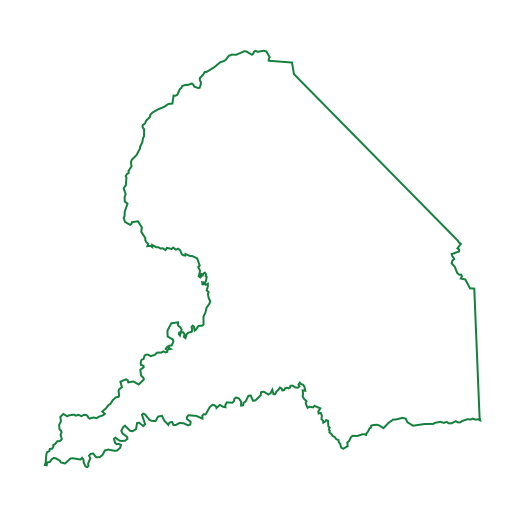 Cotegipe, Bahia, Brazil (orthographic projection), rotated 178°
{"feature_id": "56859067B54877726124258", "entity_name": "Cotegipe", "entity_type": "district", "adm_level": 2, "iso_a3": "BRA", "parent_name": "Brazil", "parent_adm1": "Bahia", "projection": "orthographic", "projection_center": [-44.17, -11.737], "detail": "fine", "context": "isolated", "style": "outline", "palette": "green", "viewbox_px": 512, "rotation_deg": 178, "n_neighbors": 0, "source": "geoboundaries", "source_scale": "gbopen_adm2", "svg_char_len": 5960}
<svg xmlns="http://www.w3.org/2000/svg" viewBox="0 0 512 512"><g transform="rotate(178 256 256)"><path d="M213.3,448.1L236.5,450.7L236.4,452.4L235.4,454.3L238.6,460.1L241.1,460.9L247.2,460.0L249.4,461.1L251.1,459.9L251.7,458.3L253.1,457.3L258.4,460.7L260.4,461.1L268.7,457.8L273.2,458.1L276.2,457.0L279.3,453.2L281.1,452.0L285.0,450.9L290.9,446.3L298.9,441.7L300.9,441.6L302.2,439.4L306.0,435.7L305.9,433.5L305.0,431.8L305.1,429.7L306.5,426.1L308.0,425.9L311.7,427.4L312.6,429.3L314.1,430.6L318.2,429.3L320.2,429.5L323.8,428.5L324.7,426.6L326.4,425.3L329.0,419.8L330.9,419.0L332.8,419.2L334.2,411.3L338.4,410.9L342.5,408.3L348.5,406.1L354.3,403.1L356.7,400.9L357.2,398.6L361.0,395.2L362.3,392.3L364.2,391.1L365.0,389.7L364.6,388.2L363.4,386.7L363.7,379.7L364.8,377.8L365.7,373.4L368.1,369.2L368.1,367.6L371.9,361.0L376.7,356.6L377.8,354.0L377.2,350.1L380.4,345.5L380.4,343.3L382.3,342.3L383.4,340.4L382.8,338.9L383.5,331.5L385.9,328.1L384.1,322.5L385.3,319.2L385.2,314.9L382.6,312.8L385.7,304.7L385.9,300.6L386.9,298.5L385.7,294.6L380.7,291.5L379.4,292.4L378.9,294.1L372.8,294.8L369.1,288.6L369.8,284.1L365.9,277.6L366.2,275.9L365.2,273.8L363.4,271.9L364.2,269.6L361.1,269.8L359.4,268.5L359.4,270.7L355.5,268.3L352.9,268.0L351.2,266.8L349.0,267.0L346.3,265.1L344.7,267.3L340.2,265.9L338.5,267.3L335.8,265.1L333.5,266.0L331.6,264.3L330.0,260.2L328.4,259.2L326.7,258.9L326.5,260.4L321.6,258.2L319.8,258.2L314.9,255.7L312.6,248.4L314.1,247.0L312.5,243.5L313.2,239.7L311.5,240.1L309.9,238.6L309.4,240.1L307.7,241.1L306.6,239.6L307.1,237.9L306.0,236.8L306.8,233.3L307.7,231.2L310.7,231.7L310.5,229.5L308.5,229.7L307.2,229.0L305.1,229.9L305.2,227.3L306.5,223.4L304.6,221.6L305.4,219.7L305.1,217.7L304.6,215.0L303.3,212.8L304.0,210.3L307.2,206.1L308.5,201.2L310.6,197.4L310.8,189.4L311.9,188.3L316.0,188.1L318.4,184.7L319.9,183.6L320.5,187.6L321.7,188.6L322.9,187.3L322.4,185.0L322.8,182.6L326.6,181.6L327.9,180.4L329.4,176.4L330.8,177.6L330.2,180.6L331.6,182.4L333.9,182.1L332.9,185.0L334.0,187.3L335.9,188.7L336.5,190.2L336.2,192.4L343.0,191.7L347.1,184.5L347.1,178.6L341.8,175.3L341.6,173.2L343.5,169.5L345.9,169.4L346.6,167.6L348.4,167.9L349.5,166.3L347.7,165.0L348.0,163.3L349.7,162.8L351.9,163.9L353.9,162.8L358.2,162.9L360.7,160.7L364.7,159.6L367.5,161.2L369.3,161.2L370.8,160.4L371.9,157.1L373.8,156.4L374.6,155.1L375.0,153.1L374.8,151.1L372.3,150.3L372.2,148.7L375.6,146.4L375.0,140.5L372.8,138.2L372.4,136.4L377.7,131.7L383.0,134.9L388.0,134.1L388.6,136.4L390.2,137.3L395.9,135.1L394.6,129.6L397.6,127.4L398.1,125.7L397.6,121.6L398.3,120.0L400.9,119.7L404.2,116.9L406.6,113.3L408.7,112.1L411.3,108.9L415.1,105.9L412.6,103.5L414.3,102.2L418.8,100.8L420.9,99.5L424.2,100.3L427.9,99.3L429.1,100.2L430.2,102.3L431.9,103.2L433.9,103.1L435.9,102.0L439.2,103.5L441.5,102.7L443.4,103.8L448.4,103.3L450.4,102.4L454.0,104.9L457.2,102.0L456.7,97.8L458.7,93.7L458.4,89.7L456.8,88.0L456.5,86.4L457.6,84.3L456.5,80.0L457.3,78.7L458.9,77.8L461.0,77.8L463.5,75.0L465.2,74.2L465.1,72.5L466.4,70.6L468.8,70.3L469.3,68.2L471.6,67.3L472.4,65.4L473.4,57.0L469.4,57.2L467.1,60.1L465.2,61.2L463.2,60.8L459.5,58.6L458.2,56.5L454.1,55.3L448.6,60.0L446.5,60.3L438.4,58.7L436.9,60.4L435.6,58.4L435.3,55.3L433.7,51.6L431.9,50.9L430.8,52.2L431.0,54.4L428.7,59.6L429.8,62.4L428.2,64.0L425.7,64.3L422.6,60.4L419.1,60.4L416.2,62.7L413.8,67.0L410.3,67.7L403.9,66.2L401.7,66.4L398.4,69.1L397.6,71.9L399.6,73.0L401.9,72.8L403.4,74.3L404.3,78.4L402.8,79.3L399.0,76.3L396.8,75.8L393.1,76.0L390.9,77.8L391.0,79.5L395.7,83.5L396.7,86.1L394.6,89.7L392.9,91.0L387.8,85.6L385.4,85.2L381.9,87.3L380.7,93.2L378.7,93.5L374.6,90.0L372.7,91.8L375.5,101.3L374.3,102.4L372.5,101.6L368.1,95.8L366.0,94.9L362.2,94.5L359.5,98.9L355.6,99.6L353.3,94.5L349.5,90.3L348.9,91.8L347.5,92.8L345.6,93.0L344.4,90.0L342.1,89.9L338.3,91.8L334.4,91.4L329.6,89.1L327.6,89.9L327.1,92.5L330.5,95.4L330.8,97.2L329.1,99.2L321.4,98.3L315.2,95.4L315.2,98.2L313.8,99.7L311.9,99.4L307.5,106.6L304.6,108.8L302.8,108.4L301.3,107.1L300.8,105.5L297.3,108.5L294.4,106.5L291.8,105.9L291.9,108.1L290.3,110.7L284.6,110.2L283.0,111.9L282.7,113.8L281.0,115.3L278.1,114.3L276.0,111.0L276.1,107.0L274.2,107.2L273.5,109.7L271.4,111.1L268.4,116.6L266.1,116.7L264.1,111.5L261.6,111.7L256.2,116.6L255.6,119.8L253.0,120.1L248.4,117.1L246.2,118.4L244.4,121.7L243.3,117.2L241.6,117.3L240.4,119.7L237.9,121.9L236.7,123.7L235.0,122.6L234.4,120.7L232.5,121.0L231.6,122.7L230.0,123.3L228.0,122.6L226.6,123.3L226.1,125.0L223.8,125.2L221.5,123.3L218.7,122.9L217.1,124.3L218.0,126.0L216.6,127.9L215.3,126.3L213.4,125.7L212.1,123.6L211.5,119.6L214.0,120.1L213.8,116.5L214.3,114.0L213.2,111.8L210.6,109.2L211.4,107.9L211.3,106.4L209.7,102.5L207.8,103.5L204.3,102.7L202.8,104.2L197.0,101.5L199.2,98.4L198.9,96.4L196.8,97.0L195.7,94.0L196.3,90.7L194.7,88.9L194.6,87.1L192.5,88.2L191.6,89.6L189.8,88.8L189.6,83.1L188.4,81.9L189.2,80.0L188.4,78.7L188.8,77.2L186.5,75.1L185.7,73.4L183.7,72.3L182.2,70.1L180.0,69.2L179.7,67.0L178.3,65.0L177.9,62.7L177.2,61.3L175.6,60.3L171.0,62.8L171.3,66.3L169.3,68.0L167.6,71.3L165.9,72.9L160.9,72.6L155.9,74.1L153.9,74.1L152.2,73.3L151.8,74.9L150.3,76.5L148.5,79.9L147.0,80.5L146.8,82.4L145.2,82.9L141.1,83.1L138.8,82.4L134.6,79.5L129.5,84.5L124.7,87.7L121.9,87.7L115.6,89.1L112.1,88.3L110.4,84.5L104.9,80.9L93.5,82.2L84.7,82.0L83.1,83.0L77.5,83.8L74.1,82.7L71.0,83.5L69.4,82.1L66.7,81.9L62.1,83.9L60.2,82.7L57.7,82.6L55.8,83.9L50.3,85.5L46.9,85.1L45.3,85.9L42.3,84.8L40.0,85.1L37.7,83.9L38.2,86.9L39.0,215.8L43.2,216.2L47.7,225.3L52.1,226.3L50.9,228.7L51.6,230.2L53.8,230.3L55.6,232.2L57.7,238.3L60.7,241.9L59.9,244.6L58.0,246.1L59.9,249.2L60.4,251.1L52.9,253.4L52.8,255.5L54.4,256.6L50.8,261.0L52.8,262.5L54.0,264.5L211.7,436.4L213.3,448.1ZM333.9,182.1L334.8,179.2L335.8,180.7L335.4,182.3L333.9,182.1ZM346.6,167.6L344.6,166.1L346.2,165.9L346.6,167.6ZM313.2,239.7L313.9,237.7L312.4,236.5L311.3,237.7L313.2,239.7ZM473.4,57.0L474.3,54.5L472.4,54.2L472.2,55.8L473.4,57.0Z" fill="none" stroke="#15803d" stroke-width="2"/></g></svg>